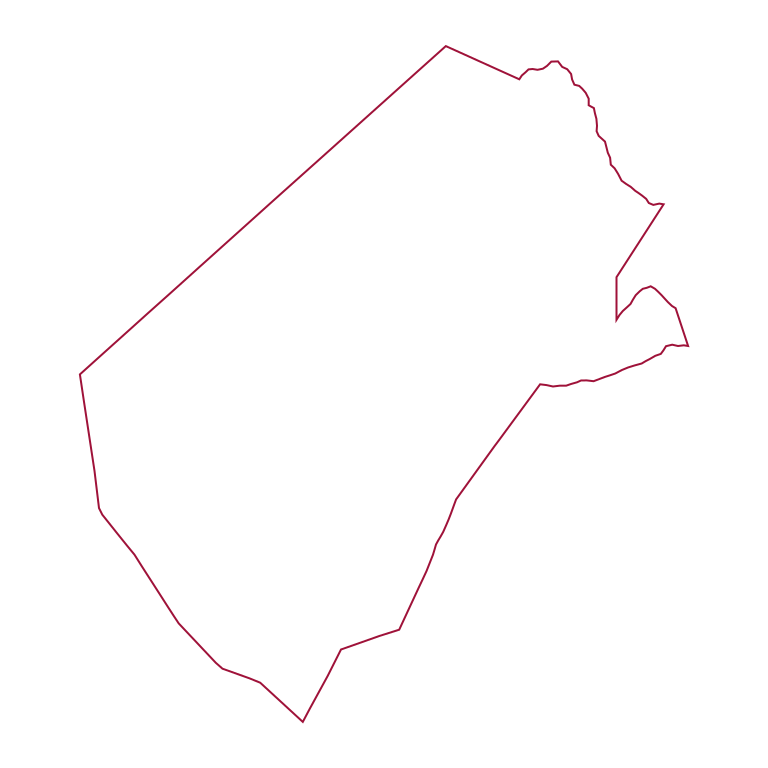 Jussara, Bahia, Brazil (Mercator projection)
{"feature_id": "56859067B73744776090893", "entity_name": "Jussara", "entity_type": "district", "adm_level": 2, "iso_a3": "BRA", "parent_name": "Brazil", "parent_adm1": "Bahia", "projection": "mercator", "projection_center": [-41.786, -10.94], "detail": "fine", "context": "isolated", "style": "outline", "palette": "rose", "viewbox_px": 768, "rotation_deg": 0, "n_neighbors": 0, "source": "geoboundaries", "source_scale": "gbopen_adm2", "svg_char_len": 1795}
<svg xmlns="http://www.w3.org/2000/svg" viewBox="0 0 768 768"><path d="M302.8,721.9L309.9,708.5L327.7,675.9L341.0,649.5L379.3,636.0L399.2,629.7L418.8,587.5L422.5,579.7L426.5,571.1L433.0,554.7L434.7,549.0L436.0,544.5L438.3,540.3L440.6,536.5L443.2,531.9L446.3,524.9L448.6,519.5L450.9,513.6L452.9,508.1L454.5,503.7L456.1,499.4L494.4,446.3L498.9,440.3L540.1,384.3L546.6,385.1L553.0,386.5L559.6,385.7L566.1,385.7L571.0,384.0L577.0,382.3L581.0,380.5L586.7,380.4L593.6,381.2L605.0,376.9L609.4,375.5L615.3,373.5L621.7,370.1L628.0,367.5L634.4,365.5L641.7,363.5L645.7,361.1L649.6,359.1L655.3,355.8L660.8,353.9L663.4,350.4L666.0,346.2L672.2,344.7L678.0,346.0L683.8,345.3L688.1,346.0L675.6,308.2L672.0,306.0L667.9,302.1L664.5,298.4L661.5,295.1L658.2,291.8L655.0,288.8L650.7,286.3L646.8,287.8L642.8,288.8L639.7,291.3L635.7,295.2L632.9,299.7L630.5,304.0L626.7,307.5L622.8,311.0L619.5,315.0L616.5,319.8L616.5,277.2L663.6,204.3L659.3,203.6L653.3,204.9L648.8,203.0L646.2,198.9L642.1,195.6L638.5,193.0L635.2,190.8L630.8,186.9L626.2,184.0L621.6,180.7L618.1,173.9L614.6,168.3L610.8,164.7L610.1,157.7L607.8,152.7L606.5,147.5L605.0,141.6L598.7,135.9L596.6,131.2L597.0,125.8L596.4,118.8L594.9,113.1L593.9,108.1L588.7,105.3L588.7,98.7L585.7,92.8L582.2,88.7L579.2,85.9L574.4,84.7L572.1,79.5L571.1,74.0L567.2,69.2L562.2,66.9L558.0,61.4L551.3,61.6L547.0,65.9L542.9,68.7L537.5,69.8L532.6,69.0L528.5,69.4L525.5,72.3L521.8,75.5L519.3,79.3L445.8,46.1L318.5,160.2L312.9,165.2L275.1,199.0L199.3,267.1L171.0,292.6L147.6,313.5L124.6,334.2L104.9,351.9L79.9,374.4L83.8,400.5L94.5,470.9L99.0,508.1L102.3,514.7L111.0,525.6L116.4,532.4L127.1,545.7L134.5,554.7L142.4,567.2L157.2,590.2L168.1,607.2L174.0,616.3L178.7,623.4L215.8,662.8L222.5,668.7L249.4,678.3L260.2,682.7L302.8,721.9Z" fill="none" stroke="#9f1239" stroke-width="2"/></svg>